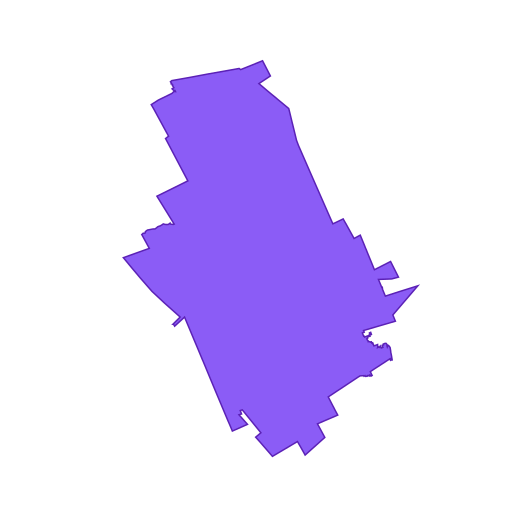 Cedral, San Luis Potosí, Mexico (Albers equal-area conic projection), rotated 326°
{"feature_id": "50627088B34080095276274", "entity_name": "Cedral", "entity_type": "district", "adm_level": 2, "iso_a3": "MEX", "parent_name": "Mexico", "parent_adm1": "San Luis Potosí", "projection": "albers", "projection_center": [-100.648, 23.94], "detail": "fine", "context": "isolated", "style": "filled", "palette": "violet", "viewbox_px": 512, "rotation_deg": 326, "n_neighbors": 0, "source": "geoboundaries", "source_scale": "gbopen_adm2", "svg_char_len": 3693}
<svg xmlns="http://www.w3.org/2000/svg" viewBox="0 0 512 512"><g transform="rotate(326 256 256)"><path d="M300.7,70.8L284.3,63.5L282.5,63.7L282.6,65.2L282.4,65.5L282.3,65.3L281.9,65.8L282.4,66.3L282.5,66.4L282.3,67.1L282.6,67.6L282.4,67.9L282.1,67.9L282.0,70.6L279.9,70.5L280.4,72.9L281.4,73.4L281.2,74.7L279.9,73.7L277.5,74.2L276.5,74.1L262.2,72.1L253.8,71.9L253.4,77.6L250.5,107.8L246.7,108.0L241.5,155.6L207.3,151.0L206.0,183.8L205.1,183.6L204.1,182.8L203.1,181.9L202.8,181.3L203.1,180.7L200.9,180.8L200.1,180.3L198.8,179.4L197.9,178.6L197.3,177.7L196.6,177.5L195.9,177.6L193.6,177.5L192.3,177.1L190.8,176.8L189.5,177.0L187.5,177.1L187.1,176.9L185.7,176.0L180.6,173.8L179.1,173.8L177.8,174.0L177.6,174.2L177.5,174.6L177.3,174.7L177.0,174.9L176.6,174.9L176.2,174.7L175.3,174.1L174.9,174.0L174.3,174.2L173.8,174.3L173.3,174.3L171.8,190.0L145.1,183.2L146.4,196.6L147.8,209.7L150.0,227.2L153.9,244.2L159.0,264.2L149.0,266.1L149.4,266.4L149.4,267.1L149.4,267.8L149.3,268.7L162.6,266.7L160.7,276.3L157.3,293.4L156.1,299.5L153.5,312.4L153.5,312.5L153.4,313.1L149.5,332.3L146.9,345.2L143.4,362.9L140.5,377.5L139.9,380.9L138.5,387.9L154.8,390.8L153.1,378.1L155.7,378.9L156.5,375.3L158.6,375.9L161.2,405.3L154.4,406.0L155.3,412.4L157.6,431.3L186.6,433.0L186.3,437.6L185.9,442.8L185.6,446.4L185.4,448.5L211.6,444.9L213.1,429.5L221.1,431.0L223.2,431.4L225.8,431.9L233.7,433.4L234.8,433.6L235.4,427.6L235.7,425.4L235.7,424.8L235.8,424.6L235.9,423.3L237.1,413.2L260.2,413.4L260.4,413.4L273.3,413.5L274.8,413.6L275.3,413.6L278.3,415.4L278.3,416.1L279.0,416.1L279.5,416.1L279.5,417.1L280.2,417.5L280.9,417.5L281.5,417.5L281.5,418.1L282.9,418.1L283.1,418.1L283.4,418.1L283.2,419.0L283.3,419.0L284.0,419.0L284.3,419.0L284.2,419.5L284.2,419.9L285.5,420.0L285.6,419.1L286.1,415.8L286.5,415.8L287.5,415.8L289.0,415.8L289.6,415.8L290.4,415.8L309.3,416.1L309.2,417.7L310.6,417.6L310.5,418.9L311.3,417.2L311.2,417.1L311.0,416.7L310.7,416.7L310.8,416.3L311.4,416.3L311.5,416.7L312.0,415.7L312.9,413.7L314.0,410.9L314.4,410.4L314.9,409.3L316.0,406.9L316.0,405.1L315.6,403.9L314.5,404.5L314.0,404.8L314.4,403.7L314.5,403.6L315.0,402.7L315.1,401.7L315.0,401.3L315.0,401.2L314.3,400.7L314.0,400.6L313.9,400.5L312.2,400.2L311.9,401.0L310.6,400.6L310.1,402.7L308.4,402.3L308.7,400.1L307.2,400.8L306.6,400.2L307.5,400.0L305.6,399.9L306.1,399.4L307.3,397.4L304.7,396.8L303.5,396.4L304.0,394.2L303.0,393.9L304.0,394.1L304.2,393.2L303.3,392.8L303.7,391.7L302.6,391.4L302.6,390.9L301.8,390.1L301.1,389.8L301.6,388.8L301.3,388.3L301.5,386.6L302.6,386.6L302.7,386.0L303.8,385.8L303.8,385.6L305.6,386.3L305.9,385.2L307.8,385.6L308.4,383.4L306.4,383.1L307.7,383.8L307.0,384.9L306.1,384.5L305.8,385.1L304.0,384.7L302.1,384.2L301.1,384.0L300.8,384.0L300.9,383.0L300.4,382.8L300.7,381.3L301.2,379.2L303.1,379.7L303.4,378.4L303.5,377.9L335.1,388.0L336.5,381.4L373.5,371.2L353.3,365.2L352.8,365.1L350.2,364.3L349.8,364.2L348.0,363.7L347.9,363.6L347.2,363.5L346.4,363.2L340.8,361.6L342.1,355.2L342.1,354.8L342.8,353.4L343.2,352.6L342.7,352.5L344.4,343.9L355.7,350.9L362.3,353.2L364.0,339.8L364.1,339.1L364.5,335.8L349.0,333.9L348.8,333.9L346.5,333.6L348.1,326.0L348.3,325.0L350.0,316.7L350.4,314.8L350.6,313.8L350.9,312.7L351.0,312.0L351.3,310.3L351.7,308.6L354.1,297.0L347.1,296.3L348.4,281.6L348.6,279.6L348.6,278.9L349.0,274.0L345.5,273.5L344.1,273.3L340.7,272.8L340.1,272.7L337.7,272.3L339.4,262.8L346.0,226.4L347.6,217.6L353.0,188.2L354.4,182.3L354.5,182.2L360.0,167.3L360.6,165.6L364.1,156.2L365.1,153.5L365.6,152.0L361.4,137.7L361.1,136.5L359.3,130.5L357.7,125.0L356.4,120.3L354.8,114.7L368.6,114.8L370.6,97.8L347.5,92.9L346.9,91.1L342.1,89.0L318.3,78.4L300.7,70.8Z" fill="#8b5cf6" stroke="#5b21b6" stroke-width="1.5"/></g></svg>